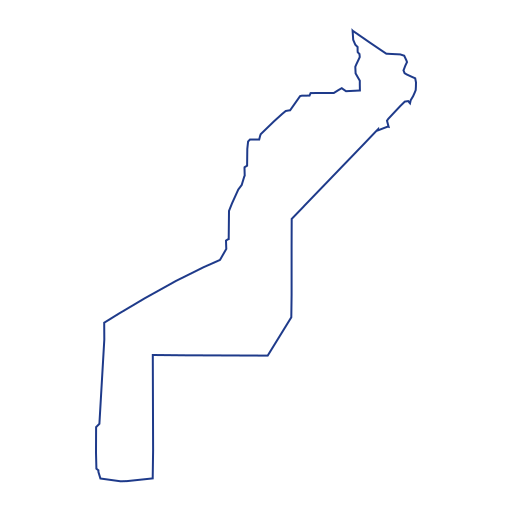 outline of Gurbansoltan Eye, Tashauz, Turkmenistan
{"feature_id": "10190150B88624562206856", "entity_name": "Gurbansoltan Eye", "entity_type": "district", "adm_level": 2, "iso_a3": "TKM", "parent_name": "Turkmenistan", "parent_adm1": "Tashauz", "projection": "albers", "projection_center": [59.229, 41.168], "detail": "fine", "context": "isolated", "style": "outline", "palette": "blue", "viewbox_px": 512, "rotation_deg": 0, "n_neighbors": 0, "source": "geoboundaries", "source_scale": "gbopen_adm2", "svg_char_len": 1661}
<svg xmlns="http://www.w3.org/2000/svg" viewBox="0 0 512 512"><path d="M352.6,30.7L353.2,39.8L355.3,44.7L357.6,47.0L357.6,48.9L357.6,50.7L357.7,52.1L358.2,52.7L359.5,54.1L359.5,54.5L359.7,56.3L359.7,57.2L358.4,60.0L356.4,64.2L355.3,66.8L355.6,73.4L358.1,77.8L359.8,80.7L359.8,84.2L359.9,90.5L346.0,91.2L341.7,88.2L338.4,90.1L333.8,93.0L333.3,93.0L330.4,93.0L322.5,93.0L316.3,93.0L310.6,93.1L309.5,95.6L301.8,95.7L300.1,96.1L290.1,110.3L288.4,110.5L285.7,111.0L285.1,111.5L282.2,113.9L274.0,121.3L260.7,134.2L260.1,135.9L259.2,139.5L255.9,139.5L250.0,139.5L248.1,141.5L247.3,148.9L247.1,165.7L244.6,167.2L244.5,167.8L244.7,175.7L244.3,176.4L241.7,185.0L238.3,189.5L232.0,203.4L229.0,210.9L228.7,239.1L227.6,239.5L226.0,240.6L226.2,246.8L226.3,248.9L220.0,259.9L219.4,260.2L203.6,267.2L176.0,280.9L144.9,298.2L118.9,313.6L104.2,322.7L104.3,339.0L104.3,339.7L99.4,423.8L99.1,424.1L96.1,427.1L96.0,452.7L96.4,468.7L98.4,470.3L98.4,471.9L100.4,478.5L120.6,481.3L127.1,481.1L152.7,478.4L153.1,450.6L152.8,355.0L153.6,355.0L184.8,355.3L267.7,355.6L291.3,317.3L291.6,294.9L291.6,245.3L291.7,219.4L291.7,218.9L303.6,206.6L304.2,205.9L320.3,189.2L357.7,150.4L365.9,141.9L369.7,137.9L375.8,131.5L378.1,129.2L378.1,130.3L379.2,129.9L383.8,128.1L387.8,126.6L388.6,126.8L387.0,120.7L388.3,118.8L400.4,105.9L404.8,101.6L408.2,101.1L409.3,102.5L410.0,103.3L410.7,100.2L413.1,96.2L414.7,92.6L415.7,90.1L415.9,86.8L416.0,82.5L415.2,78.3L412.0,76.9L406.8,74.5L404.6,73.2L403.5,70.4L405.3,65.7L407.0,62.1L406.4,60.4L404.2,55.7L400.2,54.4L394.0,54.1L386.3,53.7L379.6,49.2L370.0,42.7L360.6,36.2L353.2,31.1L352.8,30.9L352.6,30.7Z" fill="none" stroke="#1e3a8a" stroke-width="2"/></svg>